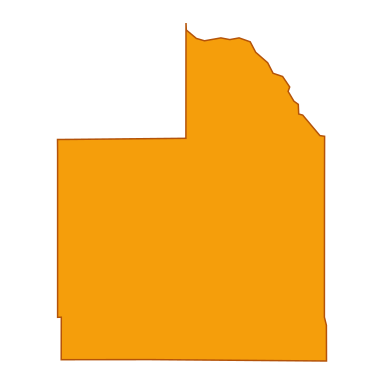 outline of Woodward, Oklahoma, United States of America
{"feature_id": "52423323B19175534214846", "entity_name": "Woodward", "entity_type": "district", "adm_level": 2, "iso_a3": "USA", "parent_name": "United States of America", "parent_adm1": "Oklahoma", "projection": "natural_earth1", "projection_center": [-99.212, 36.491], "detail": "fine", "context": "isolated", "style": "filled", "palette": "amber", "viewbox_px": 384, "rotation_deg": 0, "n_neighbors": 0, "source": "geoboundaries", "source_scale": "gbopen_adm2", "svg_char_len": 507}
<svg xmlns="http://www.w3.org/2000/svg" viewBox="0 0 384 384"><path d="M57.5,139.5L57.6,153.5L57.6,317.3L61.3,317.2L61.2,359.7L149.9,359.6L326.5,361.0L326.4,325.3L324.4,317.2L324.5,183.6L324.6,136.3L319.9,135.6L302.7,115.1L298.7,114.0L298.3,104.4L293.9,101.2L288.1,91.4L289.7,87.0L282.6,76.5L273.1,73.3L267.7,62.8L255.7,52.3L250.2,41.8L239.1,37.9L229.8,39.6L220.9,37.9L204.5,40.8L196.3,38.4L186.3,30.0L186.0,23.0L185.9,138.3L72.5,139.4L57.5,139.5Z" fill="#f59e0b" stroke="#b45309" stroke-width="1.5"/></svg>